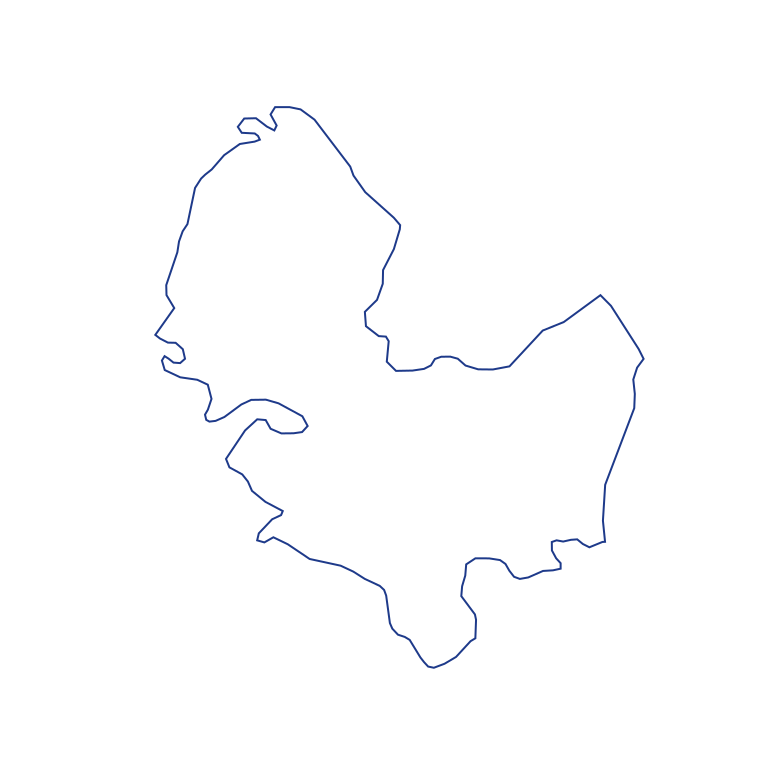 the Province of Markazi, rotated 307°
{"feature_id": "IRN-3231", "entity_name": "Markazi", "entity_type": "Province", "adm_level": 1, "iso_a3": "IRN", "parent_name": "Iran", "parent_adm1": "", "projection": "equal_earth", "projection_center": [49.809, 34.588], "detail": "fine", "context": "isolated", "style": "outline", "palette": "blue", "viewbox_px": 768, "rotation_deg": 307, "n_neighbors": 0, "source": "natural_earth", "source_scale": "10m", "svg_char_len": 2182}
<svg xmlns="http://www.w3.org/2000/svg" viewBox="0 0 768 768"><g transform="rotate(307 384 384)"><path d="M585.2,503.4L583.0,518.3L565.2,566.3L560.3,576.2L549.4,576.3L537.6,580.4L527.0,590.3L515.3,598.4L436.6,621.3L406.6,641.1L391.0,655.5L389.3,653.5L377.2,646.3L375.9,639.1L376.2,631.8L372.1,627.1L366.0,621.9L363.0,615.9L358.8,613.1L352.1,618.3L348.4,626.4L347.2,632.9L342.8,636.2L336.9,631.1L330.4,623.5L316.3,615.6L310.1,609.8L308.3,603.9L310.3,596.5L313.4,589.3L313.2,582.6L308.0,572.9L299.8,561.9L289.4,558.2L279.9,564.2L269.5,568.1L261.1,573.4L254.7,595.3L251.1,599.4L235.9,610.0L230.7,607.9L209.4,605.8L197.0,600.7L187.4,594.6L184.9,589.3L186.0,583.3L187.5,577.7L195.1,558.5L194.5,552.8L192.2,546.0L193.6,537.9L196.6,532.6L216.3,513.1L219.6,508.0L220.2,502.2L216.8,486.0L215.7,472.4L212.8,458.7L199.5,429.9L198.1,403.6L195.0,387.9L185.5,383.8L182.8,376.8L189.4,373.9L208.7,376.1L217.4,380.7L221.6,379.6L218.5,360.3L219.2,342.9L224.2,334.0L226.5,325.2L224.4,310.7L229.1,302.9L263.3,301.0L279.5,304.0L284.0,311.2L280.0,320.4L282.8,331.8L290.2,341.4L296.3,347.5L304.5,348.3L309.1,338.2L305.1,311.4L300.4,299.1L291.4,287.5L281.8,282.4L261.6,276.4L253.2,271.7L248.9,267.2L248.4,263.6L251.8,259.5L257.5,258.8L268.3,255.2L277.4,243.7L275.0,232.3L266.7,217.2L263.2,200.5L269.1,192.5L274.2,192.0L274.6,196.7L274.4,203.0L278.0,208.6L284.4,209.9L290.7,202.4L291.5,192.8L287.0,186.5L285.5,177.7L285.6,171.8L318.4,170.8L324.1,156.8L331.9,150.6L364.8,139.7L374.5,134.5L384.8,131.3L393.4,130.8L426.9,115.1L438.0,114.3L443.6,115.2L451.7,117.3L470.5,118.6L488.9,124.4L499.7,134.8L504.4,137.8L506.3,134.1L506.3,130.0L499.0,119.2L501.4,112.5L511.9,112.6L519.2,121.8L519.1,135.5L520.5,143.8L525.8,142.7L531.0,131.2L539.6,130.4L548.3,142.0L553.1,152.1L553.3,169.4L537.3,226.2L532.1,234.2L525.9,253.6L522.7,291.8L520.6,301.3L517.1,303.5L497.7,310.7L474.4,314.7L463.3,322.7L447.0,327.8L430.1,325.3L419.3,334.8L419.1,351.0L423.0,357.0L421.0,362.0L403.5,372.8L401.7,385.7L411.9,398.7L420.2,406.9L427.1,410.3L434.6,409.6L440.2,413.3L445.7,420.4L448.6,427.7L447.8,438.0L452.4,450.4L461.1,462.2L473.6,473.6L522.2,478.6L541.7,490.3L585.2,503.4Z" fill="none" stroke="#1e3a8a" stroke-width="2"/></g></svg>